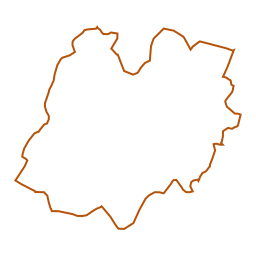 outline of El-Ibrahimiya, Ash Sharqiyah, Egypt
{"feature_id": "37247803B97743479870089", "entity_name": "El-Ibrahimiya", "entity_type": "district", "adm_level": 2, "iso_a3": "EGY", "parent_name": "Egypt", "parent_adm1": "Ash Sharqiyah", "projection": "robinson", "projection_center": [31.565, 30.732], "detail": "fine", "context": "isolated", "style": "outline", "palette": "amber", "viewbox_px": 256, "rotation_deg": 0, "n_neighbors": 0, "source": "geoboundaries", "source_scale": "gbopen_adm2", "svg_char_len": 2151}
<svg xmlns="http://www.w3.org/2000/svg" viewBox="0 0 256 256"><path d="M233.8,50.1L232.7,50.6L226.0,48.2L212.8,44.8L210.4,44.1L208.8,43.7L199.8,41.4L196.5,43.8L193.1,46.3L190.6,49.6L189.4,47.4L185.0,39.3L183.4,36.7L173.6,30.6L163.7,28.6L160.4,31.9L156.7,35.6L153.6,38.6L151.0,46.2L150.3,54.9L149.9,60.6L144.9,63.0L140.6,68.0L138.1,72.2L137.2,73.0L133.1,74.6L124.1,71.0L117.8,54.7L116.9,54.7L113.9,51.4L111.3,48.6L117.3,38.6L117.4,33.5L110.8,32.5L108.3,34.1L106.6,34.1L103.3,34.0L101.7,32.3L100.1,29.7L97.6,27.9L97.2,27.1L96.0,28.7L87.7,29.4L84.4,30.2L82.7,32.7L78.5,36.0L75.1,38.4L73.3,40.5L72.6,41.8L72.5,45.2L74.9,52.0L72.4,53.6L69.8,55.3L64.9,56.9L62.4,57.7L60.7,59.3L58.8,62.6L57.3,65.2L54.6,74.5L53.7,80.4L51.1,86.3L49.3,89.6L48.5,93.0L47.6,95.5L45.0,103.1L44.9,106.5L46.4,111.6L48.8,115.9L48.8,117.1L48.8,119.3L47.0,123.5L44.5,124.3L43.7,125.1L40.3,129.3L38.6,131.8L37.8,131.8L34.4,133.4L31.1,137.6L28.5,140.9L24.2,148.5L23.3,151.6L22.5,154.4L22.4,156.9L25.7,158.7L27.3,160.4L24.7,166.3L15.4,180.5L21.1,184.0L32.5,189.9L35.0,191.1L35.2,192.0L44.0,192.2L47.3,195.7L48.8,202.5L50.3,207.6L51.9,211.1L53.7,211.1L58.5,211.2L67.6,213.1L72.5,214.1L77.4,215.9L82.4,216.0L86.5,215.3L89.0,213.6L94.0,210.3L96.6,208.7L97.7,208.3L100.7,207.1L101.6,206.3L110.4,216.7L115.2,224.4L118.4,228.7L124.2,228.9L133.4,223.1L139.5,209.7L145.5,198.8L148.8,195.5L154.7,192.2L159.6,192.3L163.7,193.3L171.4,183.3L172.2,181.6L173.9,180.0L174.8,180.0L176.4,180.0L182.0,187.8L182.3,188.4L182.8,189.5L186.1,192.1L189.4,192.2L192.7,191.4L190.3,186.3L191.2,182.1L193.7,180.4L197.9,179.7L198.4,180.9L198.9,179.9L200.6,175.6L201.4,174.8L202.3,173.1L205.6,171.5L206.5,170.7L209.0,167.3L209.9,166.5L209.9,164.8L212.5,158.1L215.1,150.5L213.6,144.2L216.1,143.7L220.2,144.7L222.7,144.7L221.1,143.0L221.9,141.3L222.9,136.3L223.0,131.2L228.0,127.9L232.1,128.8L234.6,127.2L237.1,126.4L237.9,125.6L240.6,114.6L238.2,113.7L234.9,113.6L226.8,106.6L225.2,101.5L226.1,99.8L228.6,96.5L232.0,92.3L232.9,89.8L232.9,89.0L233.6,85.8L233.0,85.6L231.4,84.7L230.6,80.4L229.0,79.5L226.5,77.8L224.1,76.9L223.0,76.8L227.6,66.7L229.8,60.7L233.8,50.1Z" fill="none" stroke="#b45309" stroke-width="2"/></svg>